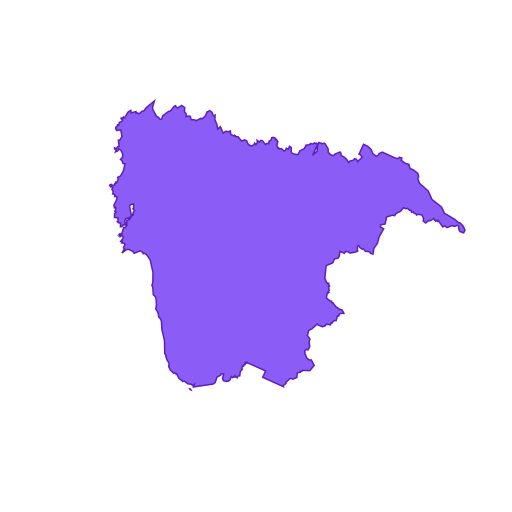 the district of Clutha District, Otago, New Zealand, rotated 114°
{"feature_id": "76426892B1616776897166", "entity_name": "Clutha District", "entity_type": "district", "adm_level": 2, "iso_a3": "NZL", "parent_name": "New Zealand", "parent_adm1": "Otago", "projection": "robinson", "projection_center": [169.665, -46.039], "detail": "fine", "context": "isolated", "style": "filled", "palette": "violet", "viewbox_px": 512, "rotation_deg": 114, "n_neighbors": 0, "source": "geoboundaries", "source_scale": "gbopen_adm2", "svg_char_len": 6156}
<svg xmlns="http://www.w3.org/2000/svg" viewBox="0 0 512 512"><g transform="rotate(114 256 256)"><path d="M150.4,75.7L147.4,75.6L144.4,78.9L142.7,83.0L143.1,85.0L141.8,88.7L140.3,101.2L135.8,106.4L132.8,118.1L126.6,125.2L123.0,136.3L119.4,139.7L117.3,139.7L114.7,141.8L113.3,147.2L113.4,150.9L110.1,153.5L110.6,157.3L109.6,162.1L107.2,162.6L107.5,165.2L109.3,165.7L109.9,168.9L109.7,182.8L112.2,185.1L114.7,185.6L115.9,186.8L115.1,190.7L111.8,194.3L110.3,198.5L110.2,203.2L121.2,203.3L121.0,201.7L122.7,199.2L128.5,201.6L126.7,203.6L127.0,205.5L128.9,206.1L131.2,208.9L133.0,209.5L130.9,212.3L129.7,216.0L129.6,219.2L127.6,220.1L126.8,221.6L131.0,225.5L132.6,225.8L133.2,228.6L132.0,232.1L128.7,233.8L125.4,238.4L125.2,239.8L126.4,240.8L126.7,244.8L130.6,244.6L135.3,242.8L139.8,244.8L140.1,245.2L128.4,245.1L128.4,246.8L129.3,247.7L128.9,248.6L130.7,249.6L130.9,251.6L133.0,253.0L134.3,255.4L138.1,255.5L142.2,258.7L146.3,258.9L147.5,263.0L147.5,264.9L146.3,266.4L142.6,267.8L142.1,270.0L145.2,270.0L145.2,272.1L147.5,272.1L148.8,273.1L147.5,276.4L148.5,278.0L148.0,279.2L148.8,279.5L146.5,281.9L142.6,282.6L141.4,284.5L141.9,285.5L140.5,286.0L140.7,288.8L141.6,289.8L144.0,289.4L145.9,290.8L148.3,290.1L148.6,291.7L150.3,292.7L148.0,297.1L148.6,298.8L150.6,299.3L149.8,302.0L151.7,301.0L154.3,301.3L153.4,303.2L155.2,303.2L157.4,304.6L157.3,308.3L154.5,311.5L154.5,313.7L156.9,315.8L154.3,321.0L155.0,322.2L154.4,324.5L155.2,324.3L155.2,328.5L152.2,330.3L153.9,332.0L154.2,334.3L157.1,335.9L152.4,341.2L155.6,342.5L151.5,345.4L148.3,349.0L143.9,350.7L145.0,351.4L144.9,352.4L142.7,354.5L142.0,357.3L144.4,359.4L148.5,359.2L151.9,360.6L152.8,361.2L152.5,362.2L156.9,365.9L156.5,367.2L157.8,370.7L155.1,372.9L155.7,375.0L157.2,376.4L154.5,377.7L153.1,380.2L149.4,381.5L148.7,385.1L152.7,388.0L152.8,389.0L151.4,390.6L152.6,391.7L158.5,393.2L159.3,394.6L165.9,398.3L169.2,397.8L170.3,399.2L169.1,401.3L168.8,403.7L164.2,409.8L161.9,411.1L155.7,411.9L165.4,416.7L168.9,417.4L170.4,419.2L173.7,420.6L173.6,423.0L174.3,423.6L172.9,424.4L176.0,428.3L173.9,429.6L176.4,431.4L183.4,432.3L183.8,433.5L183.3,433.7L185.2,434.5L184.9,435.2L185.5,435.1L186.0,433.3L187.4,433.1L189.7,435.3L191.8,434.5L192.5,435.9L193.4,435.3L195.2,436.4L196.7,436.1L198.0,434.3L195.8,430.9L201.4,427.0L205.6,427.6L206.2,428.9L211.3,425.7L212.6,427.0L215.0,427.3L214.7,429.2L215.6,428.7L216.5,426.5L217.9,426.6L216.2,425.0L213.9,424.9L214.4,422.4L216.9,419.4L220.0,418.1L219.5,417.9L222.8,419.1L223.7,416.8L225.6,415.2L225.0,413.2L232.3,411.8L237.9,412.3L240.4,414.3L242.2,413.0L245.5,413.2L245.6,414.1L246.5,413.5L247.3,414.5L248.8,414.2L249.9,415.8L249.4,417.5L250.8,418.5L252.0,416.9L251.4,416.1L251.7,414.6L253.5,414.9L255.4,412.5L257.6,412.2L257.1,411.2L257.7,410.0L259.2,409.3L258.3,408.1L258.9,406.9L261.7,406.2L267.4,406.5L269.5,405.0L268.5,404.3L269.3,403.3L272.6,403.1L273.0,401.6L274.8,402.4L278.4,400.9L277.2,397.8L280.2,396.2L281.1,396.7L281.6,395.2L281.1,393.0L284.5,391.8L283.9,390.6L281.5,389.9L280.7,387.8L280.1,388.5L280.0,388.3L280.3,387.1L280.2,386.8L277.8,390.1L274.9,390.2L272.8,388.0L273.5,388.0L273.4,387.2L270.1,386.1L261.9,391.8L260.2,391.5L258.2,389.1L261.4,387.5L262.9,387.7L264.0,385.4L266.7,385.9L267.9,384.8L268.7,385.0L268.6,385.8L274.1,386.3L275.9,388.5L280.7,386.5L283.1,386.9L283.6,388.5L290.5,387.6L291.1,388.3L290.8,389.3L291.9,389.7L291.2,388.8L293.0,388.9L292.5,388.4L293.5,387.9L291.6,386.9L293.1,384.5L297.5,385.5L297.0,384.3L298.7,384.3L298.0,381.4L298.6,380.5L302.5,380.4L303.4,378.5L304.3,379.3L307.7,379.7L302.9,376.9L301.7,375.1L301.9,370.3L303.1,368.4L298.4,364.0L298.7,361.2L299.8,359.9L299.0,359.5L299.1,356.7L302.7,351.0L313.0,343.4L321.8,339.6L325.2,339.1L326.8,337.4L333.2,334.1L333.9,331.7L335.6,330.0L341.0,327.1L345.0,326.1L347.7,322.4L351.4,320.0L352.4,317.5L354.0,315.9L361.4,312.1L370.4,305.3L382.4,299.6L383.3,297.7L384.3,297.7L387.4,294.7L389.4,291.7L392.5,290.8L395.0,287.9L396.6,283.5L395.9,282.5L395.9,281.0L396.6,280.7L396.1,280.2L399.1,276.7L400.3,271.9L399.5,270.2L400.5,266.3L399.5,263.1L400.1,261.0L398.4,260.2L401.1,259.9L390.5,243.2L388.1,241.8L382.5,242.4L379.1,239.7L377.8,240.0L376.8,237.6L381.5,236.8L383.2,235.0L382.7,232.3L381.7,230.4L379.6,229.3L376.1,229.6L376.6,227.8L374.0,226.6L375.2,226.0L374.1,224.3L374.8,223.7L372.7,223.4L372.1,222.1L367.9,223.4L365.2,222.5L363.3,223.6L361.3,223.1L361.5,222.5L359.0,222.5L359.2,221.9L357.3,222.2L356.8,221.3L357.6,220.9L357.0,219.9L357.1,200.5L364.1,200.5L364.2,177.7L363.0,178.4L360.5,176.8L359.2,177.2L354.5,175.3L353.6,174.1L353.4,172.1L350.4,169.3L346.0,170.7L344.2,168.3L343.3,168.5L342.8,167.2L341.7,167.2L338.8,160.2L332.3,158.3L328.4,163.3L329.3,164.6L328.7,167.9L325.3,171.5L322.5,172.9L320.8,171.8L320.7,170.3L317.1,170.0L312.7,172.6L309.9,173.0L307.7,176.7L302.5,177.5L299.6,175.2L293.2,172.3L293.8,171.3L293.6,166.4L291.9,164.5L289.7,164.0L288.6,159.9L286.8,160.3L286.5,159.4L283.3,158.4L282.5,156.5L277.6,157.2L277.2,156.0L274.9,156.2L272.7,153.2L273.0,151.8L270.2,155.5L270.7,157.8L269.7,162.8L267.4,166.8L267.7,167.7L266.6,168.7L267.1,169.1L266.0,173.8L265.1,174.9L260.9,175.7L259.9,174.6L259.7,175.7L257.9,175.0L254.6,177.2L253.5,176.6L253.2,177.6L251.4,178.4L252.2,179.2L251.6,179.4L251.4,180.8L248.2,184.1L236.3,188.0L231.0,183.1L226.6,183.1L224.8,180.3L222.6,179.8L217.6,181.2L217.6,176.4L215.4,176.0L214.7,174.0L215.1,171.3L212.1,167.0L210.4,165.1L206.1,167.3L204.7,166.5L206.1,164.3L206.5,161.6L205.8,160.9L207.2,157.9L206.0,154.3L206.9,152.6L206.8,149.9L201.0,151.4L195.1,150.2L188.1,151.3L179.3,150.4L178.8,154.3L176.6,154.7L174.3,151.1L167.2,152.5L163.1,147.8L162.8,145.7L160.2,145.4L156.5,142.2L151.9,140.9L151.8,138.2L150.8,136.7L151.8,134.4L151.3,133.0L152.8,131.7L151.7,130.2L152.7,128.8L152.3,127.1L153.3,126.1L151.9,124.7L151.0,121.0L153.5,118.3L156.1,117.4L156.8,114.4L154.5,113.5L152.7,111.1L149.3,108.7L150.7,107.4L150.4,106.3L151.0,105.9L149.8,105.0L150.2,104.5L149.6,104.1L150.3,103.7L149.8,103.3L153.5,97.3L151.6,95.6L152.4,93.1L148.6,89.4L148.3,86.7L145.9,84.4L146.1,83.3L149.5,81.3L150.7,79.5L150.4,75.7ZM404.8,261.0L404.2,261.7L404.3,262.4L404.8,261.8L404.8,261.0Z" fill="#8b5cf6" stroke="#5b21b6" stroke-width="1.5"/></g></svg>